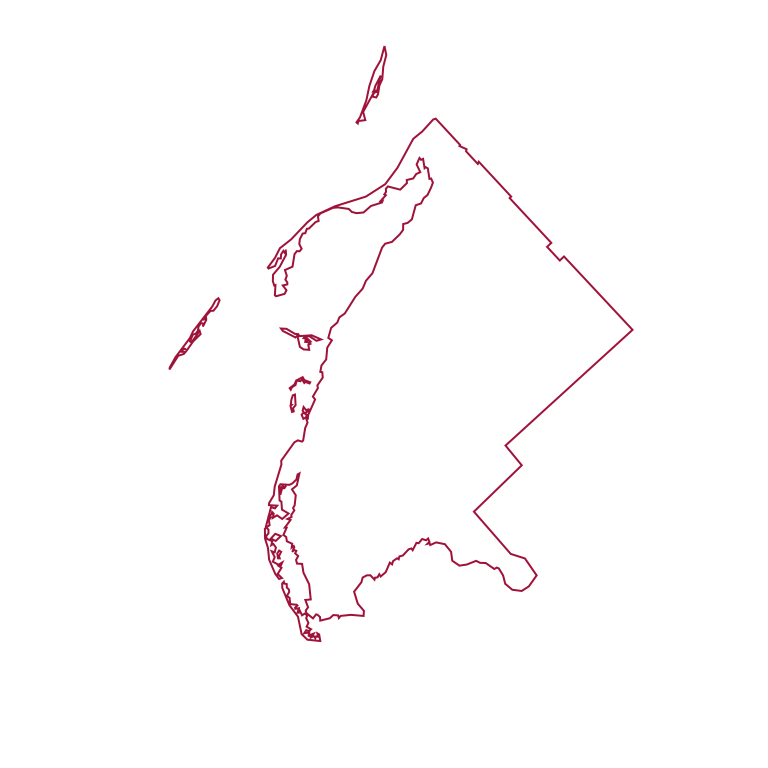 outline of Isla Mujeres, Quintana Roo, Mexico, rotated 227°
{"feature_id": "50627088B16692163202625", "entity_name": "Isla Mujeres", "entity_type": "district", "adm_level": 2, "iso_a3": "MEX", "parent_name": "Mexico", "parent_adm1": "Quintana Roo", "projection": "natural_earth1", "projection_center": [-86.89, 21.403], "detail": "fine", "context": "isolated", "style": "outline", "palette": "rose", "viewbox_px": 768, "rotation_deg": 227, "n_neighbors": 0, "source": "geoboundaries", "source_scale": "gbopen_adm2", "svg_char_len": 6177}
<svg xmlns="http://www.w3.org/2000/svg" viewBox="0 0 768 768"><g transform="rotate(227 384 384)"><path d="M542.8,602.8L543.9,600.3L542.6,584.2L543.4,572.7L533.0,541.5L529.3,521.2L533.4,498.6L547.4,469.4L553.8,449.8L554.5,438.3L553.1,414.6L554.3,400.5L550.6,390.4L548.4,378.4L547.2,378.3L544.6,384.9L548.1,392.2L546.2,394.1L549.0,397.2L550.0,401.2L546.2,400.7L549.3,403.8L545.3,400.5L540.8,387.6L539.6,377.4L535.1,372.9L530.9,370.9L530.4,372.1L523.3,364.7L521.8,364.9L517.7,372.8L519.1,376.6L525.1,377.2L522.8,381.2L524.1,382.5L527.6,383.1L529.4,386.7L534.9,389.3L532.2,397.1L540.0,407.1L540.6,410.9L538.6,412.8L539.1,416.0L544.1,417.5L547.3,421.2L549.5,427.1L548.0,429.3L550.1,433.4L548.9,435.1L549.1,444.5L547.8,447.3L551.7,450.1L552.1,453.9L547.6,466.9L544.6,470.7L536.1,477.6L531.8,477.8L527.7,480.4L523.4,486.0L523.1,495.9L518.1,506.3L518.8,507.7L520.0,504.7L520.8,514.1L522.4,513.5L523.1,516.5L525.5,518.5L525.8,521.6L515.1,528.4L515.3,537.8L517.7,539.8L514.4,545.5L515.6,550.7L514.2,555.0L522.3,557.6L525.1,564.1L522.7,564.0L522.0,566.1L514.2,560.9L514.2,562.4L511.8,563.1L503.0,557.1L502.1,558.6L497.9,557.1L495.6,552.5L492.5,544.6L492.9,540.0L490.8,534.2L493.1,529.1L485.4,516.7L485.7,511.2L487.9,507.1L483.7,503.1L482.7,497.6L482.5,486.7L485.8,480.6L485.1,475.7L472.9,451.1L471.8,441.2L468.3,433.4L467.3,422.4L462.3,403.4L463.2,396.8L460.8,391.8L461.1,383.6L455.7,374.7L451.5,375.7L449.3,367.3L441.4,358.5L440.2,350.9L436.3,345.7L434.7,346.9L430.5,343.6L428.4,334.3L426.1,332.9L423.3,323.4L419.7,323.1L413.0,307.3L410.5,304.6L411.0,303.2L407.9,301.7L405.6,296.4L397.8,286.3L397.8,284.7L401.5,282.6L402.5,278.7L398.0,256.5L395.1,254.1L383.5,234.1L377.8,227.5L375.3,218.8L373.9,217.2L367.9,222.9L367.4,219.4L371.0,217.4L360.4,200.6L359.0,202.1L358.8,204.1L363.0,207.0L363.8,210.5L365.9,209.9L365.4,212.8L366.7,214.9L364.4,214.9L361.9,211.4L360.9,216.2L354.7,217.5L354.4,225.9L361.7,223.7L367.9,228.7L370.0,228.2L380.8,237.4L381.3,239.9L374.7,246.1L373.8,249.2L373.9,254.9L376.8,259.1L376.3,261.2L369.3,251.1L369.7,244.8L362.8,243.6L356.2,235.9L355.3,232.9L352.7,232.2L351.5,226.9L349.8,225.7L351.1,221.4L348.3,222.9L346.6,213.5L345.3,214.8L342.2,207.5L338.8,208.1L335.2,205.7L329.8,207.9L327.3,204.9L327.1,207.5L325.8,207.1L323.8,202.4L323.9,205.1L321.8,206.1L320.7,203.5L316.7,203.9L315.3,199.7L312.0,197.9L308.3,201.4L300.9,196.4L288.6,192.7L276.4,183.5L279.7,179.2L272.5,176.2L271.6,172.2L269.6,171.0L261.0,172.2L261.8,177.2L260.6,178.0L257.2,178.3L254.4,176.0L249.6,184.7L249.6,189.3L246.1,192.6L243.6,191.4L244.0,194.1L237.7,202.4L228.3,210.9L231.8,214.6L241.2,215.0L252.5,220.5L254.4,232.2L257.0,236.4L255.8,240.9L253.4,243.6L247.4,243.6L248.5,245.3L247.0,247.4L248.1,250.8L245.5,250.3L245.2,256.9L249.4,266.5L246.6,266.9L248.3,269.9L247.6,274.7L245.8,275.2L247.4,277.7L245.7,280.8L246.3,289.3L245.1,291.8L242.9,291.6L245.7,299.4L243.9,300.8L244.6,306.2L241.0,308.2L240.9,310.9L237.6,309.6L237.5,306.8L236.4,308.7L234.7,308.0L232.6,314.1L225.3,319.3L215.5,318.6L208.2,313.4L199.7,315.3L195.5,321.4L191.8,330.8L187.7,332.3L183.7,336.3L173.5,338.5L172.8,341.3L170.8,342.2L162.7,340.5L155.2,336.4L146.0,337.5L138.7,343.6L137.2,351.9L139.9,365.1L160.3,368.1L173.3,360.8L229.3,362.7L230.6,429.3L256.1,430.9L254.1,602.7L354.5,602.6L354.4,596.8L373.1,596.8L373.1,602.6L434.3,602.7L434.3,604.8L481.9,604.9L481.0,602.7L498.3,602.7L499.4,604.5L506.5,601.5L506.9,602.7L542.8,602.8ZM594.1,542.3L592.4,542.5L593.8,544.6L589.7,550.3L597.2,554.3L604.6,576.6L605.3,575.7L605.6,577.0L604.5,577.4L604.6,577.7L605.6,577.1L607.9,580.9L611.8,592.0L602.5,577.9L603.8,575.5L602.2,571.4L598.9,573.7L599.9,577.1L605.5,584.3L608.0,590.5L616.6,599.9L623.1,610.1L630.8,614.8L623.1,602.5L619.4,590.4L612.1,576.8L603.4,564.4L595.4,548.3L594.1,542.3ZM245.1,165.8L247.1,165.2L244.1,163.4L245.7,162.2L244.9,160.4L247.6,160.7L248.2,158.5L249.4,162.4L250.6,159.5L249.5,160.1L249.4,157.8L251.3,157.2L253.3,159.9L256.1,155.7L257.0,159.3L254.5,160.6L254.4,163.4L259.3,161.9L260.8,165.8L265.9,167.4L267.0,170.0L270.2,169.4L270.7,166.3L275.5,167.8L274.6,166.2L275.7,164.8L278.1,168.8L280.1,165.8L281.1,166.5L281.0,169.6L282.1,169.6L287.0,165.3L292.0,169.1L295.2,168.4L296.6,172.9L298.7,174.3L301.4,174.1L304.0,176.4L306.1,174.9L307.7,175.9L307.5,173.4L304.2,170.5L286.8,164.0L272.5,162.4L257.3,153.2L249.2,153.6L239.5,162.1L245.1,165.8ZM319.4,175.0L313.0,174.3L311.7,177.0L317.6,176.7L319.5,183.7L322.3,183.0L321.4,184.3L322.9,187.9L323.8,183.6L329.9,181.5L331.9,186.0L338.2,187.8L335.4,189.2L338.1,193.4L342.5,194.0L343.0,191.7L345.2,195.0L350.7,192.7L353.1,194.1L353.6,197.7L356.3,200.2L359.3,200.0L359.3,198.1L352.1,191.6L343.3,187.4L333.9,180.2L319.4,175.0ZM550.0,273.5L545.8,249.8L542.2,238.6L540.9,237.0L545.0,252.8L542.5,258.0L542.8,260.7L545.7,257.9L546.4,259.4L545.8,262.3L543.1,262.9L545.3,273.4L545.6,283.9L548.6,285.4L545.7,271.6L547.4,271.1L550.5,277.9L549.2,280.6L549.8,284.1L552.6,287.7L553.3,291.7L551.5,293.1L549.5,290.8L552.1,297.7L553.2,298.6L553.7,297.2L555.4,301.1L555.8,307.1L553.9,309.2L554.7,315.0L557.4,320.9L559.7,321.3L560.0,317.8L557.8,311.2L552.7,280.1L550.0,273.5ZM494.8,346.5L491.8,346.2L478.4,351.0L478.5,353.7L468.5,347.8L464.1,348.8L460.0,352.6L464.2,355.3L463.6,357.4L466.1,356.8L465.0,359.2L468.4,359.0L467.5,356.1L468.5,355.1L470.1,357.2L469.1,359.1L472.3,356.5L472.5,357.5L470.2,361.9L461.6,364.1L459.5,368.4L469.0,364.3L476.7,354.8L478.9,355.3L481.3,353.1L490.9,350.3L494.8,346.5ZM431.8,300.7L426.3,297.7L425.5,299.3L428.3,300.9L428.8,304.9L437.0,311.7L437.9,309.6L435.6,305.4L432.6,301.9L431.7,302.4L431.8,300.7ZM445.3,312.2L443.4,311.9L444.4,314.4L443.6,318.6L446.1,322.4L443.1,324.7L443.1,327.2L439.1,326.4L439.0,328.0L435.2,329.9L435.6,331.2L441.2,328.4L444.5,329.2L446.4,322.1L444.7,318.1L445.3,312.2ZM348.1,195.9L343.1,197.7L343.1,204.9L348.6,202.3L348.1,195.9ZM413.5,301.3L412.8,304.2L414.2,306.5L416.7,305.8L415.6,311.2L416.9,311.6L418.0,309.2L422.0,309.5L420.0,306.3L418.1,306.1L417.7,302.8L413.5,301.3ZM332.9,190.4L328.8,187.6L327.6,188.8L329.8,189.9L331.4,194.3L333.7,193.7L332.9,190.4ZM379.0,237.8L373.7,232.6L377.1,238.2L375.7,240.2L376.5,243.1L376.2,240.3L378.9,240.5L377.7,238.1L379.0,237.8Z" fill="none" stroke="#9f1239" stroke-width="2"/></g></svg>